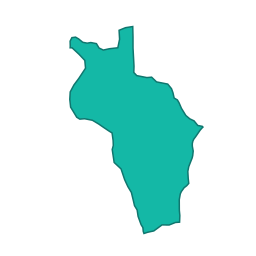 the district of Kilju, Hamgyŏng-bukto, North Korea, rotated 191°
{"feature_id": "82179303B12447049329197", "entity_name": "Kilju", "entity_type": "district", "adm_level": 2, "iso_a3": "PRK", "parent_name": "North Korea", "parent_adm1": "Hamgyŏng-bukto", "projection": "equal_earth", "projection_center": [129.165, 41.006], "detail": "fine", "context": "isolated", "style": "filled", "palette": "teal", "viewbox_px": 256, "rotation_deg": 191, "n_neighbors": 0, "source": "geoboundaries", "source_scale": "gbopen_adm2", "svg_char_len": 1356}
<svg xmlns="http://www.w3.org/2000/svg" viewBox="0 0 256 256"><g transform="rotate(191 128 128)"><path d="M200.1,195.7L198.1,196.0L190.1,191.0L183.3,186.1L181.1,178.6L185.7,167.4L189.3,159.9L191.6,152.4L190.6,145.0L188.3,137.5L184.9,133.8L180.4,128.8L177.0,127.5L172.4,128.8L164.4,128.8L157.5,126.3L151.8,123.8L146.1,121.4L142.7,120.1L140.2,112.8L139.1,108.0L139.4,103.9L135.0,91.5L127.0,86.5L121.4,76.6L116.9,70.4L112.4,65.4L109.0,58.0L106.8,53.0L103.4,49.3L101.2,43.1L96.7,35.6L94.4,33.1L93.3,29.4L92.2,27.5L88.8,29.4L83.0,31.9L78.4,36.9L76.1,39.4L69.2,40.6L63.4,44.3L59.4,45.4L60.4,51.9L61.9,57.0L64.0,67.4L64.1,73.3L63.5,75.8L61.5,80.1L59.4,82.5L57.8,85.2L59.3,90.1L61.0,96.8L61.0,101.7L59.3,110.9L59.2,113.2L59.6,117.8L61.4,122.5L61.9,125.0L61.8,127.6L61.3,129.6L59.8,132.7L56.8,139.6L55.4,142.0L54.6,143.2L55.4,143.8L60.0,143.8L64.5,147.6L69.1,148.8L73.6,151.3L79.3,157.5L82.7,162.5L84.9,165.0L88.4,166.2L90.6,171.2L92.8,174.9L97.4,178.7L102.0,178.7L108.8,178.7L114.5,182.4L119.1,181.1L123.7,181.1L129.4,181.1L132.9,183.6L133.9,189.8L136.1,198.6L138.3,207.3L140.5,218.5L142.7,228.5L149.6,226.0L155.4,222.2L153.2,213.5L153.3,204.8L161.3,202.3L167.1,199.8L171.7,201.0L175.1,204.8L180.8,204.8L184.2,203.5L188.8,203.5L193.4,206.0L196.8,207.2L200.3,206.0L201.4,202.2L200.3,197.3L200.1,195.7Z" fill="#14b8a6" stroke="#0f766e" stroke-width="1.5"/></g></svg>